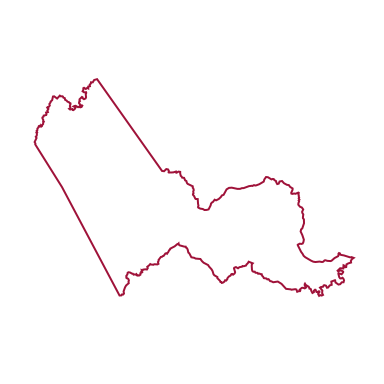 Ricaurte, Nariño, Colombia (Albers equal-area conic projection), rotated 75°
{"feature_id": "7082276B47092068992796", "entity_name": "Ricaurte", "entity_type": "district", "adm_level": 2, "iso_a3": "COL", "parent_name": "Colombia", "parent_adm1": "Nariño", "projection": "albers", "projection_center": [-77.964, 1.247], "detail": "fine", "context": "isolated", "style": "outline", "palette": "rose", "viewbox_px": 384, "rotation_deg": 75, "n_neighbors": 0, "source": "geoboundaries", "source_scale": "gbopen_adm2", "svg_char_len": 5931}
<svg xmlns="http://www.w3.org/2000/svg" viewBox="0 0 384 384"><g transform="rotate(75 192 192)"><path d="M273.2,288.8L273.6,286.9L272.8,286.1L273.2,285.0L272.5,284.0L270.3,283.8L266.8,281.4L265.2,279.8L263.7,276.7L262.3,276.6L261.2,275.9L259.9,275.9L259.1,276.3L258.3,277.5L257.7,277.6L257.2,277.2L256.2,277.3L254.8,275.7L253.3,275.0L253.1,274.0L253.8,272.6L255.4,271.0L255.6,270.3L256.7,269.8L256.8,268.4L257.3,267.7L257.0,267.0L258.1,266.9L258.2,266.0L258.8,265.8L258.7,265.3L259.0,264.7L258.5,263.2L257.1,262.9L256.7,261.1L255.8,261.5L255.5,260.9L254.4,260.8L255.0,260.0L254.3,259.3L254.6,257.1L255.2,255.6L254.0,254.4L252.7,254.6L251.5,251.9L250.8,251.0L251.4,250.4L252.3,248.1L252.0,247.2L253.0,244.1L252.7,243.0L250.8,243.0L249.8,242.0L249.0,241.9L246.7,238.9L246.8,237.7L246.3,236.7L246.4,236.0L244.5,233.6L244.5,232.9L245.1,232.2L244.5,231.9L244.3,230.9L242.3,229.1L241.8,228.0L241.1,227.7L240.0,222.8L238.5,219.6L238.8,219.1L238.3,218.3L239.3,218.4L240.3,217.8L242.8,213.5L243.2,212.2L244.1,212.2L244.8,211.5L246.3,211.1L249.6,211.2L250.5,210.5L254.9,209.5L256.2,206.8L257.2,205.8L258.9,201.2L261.3,200.3L263.3,199.1L266.8,195.3L268.3,194.9L271.8,193.1L273.8,192.6L277.0,192.5L278.2,192.0L280.7,189.5L281.8,189.8L285.1,187.9L286.3,187.8L286.5,187.0L287.5,186.8L287.6,185.8L287.0,184.0L285.8,182.8L286.4,181.9L285.4,180.5L284.7,180.3L284.0,179.5L283.1,178.1L282.8,176.6L281.5,175.1L281.6,174.4L282.1,174.3L282.5,173.7L281.7,171.9L280.6,171.1L276.6,171.2L276.1,170.8L275.9,169.0L277.6,167.3L276.9,165.7L277.1,163.0L276.6,162.4L277.1,161.2L277.0,158.8L276.1,158.1L275.3,156.6L274.0,155.3L276.6,151.8L277.2,152.8L278.7,153.4L282.6,154.2L284.0,154.1L284.9,153.4L285.2,152.0L286.4,151.6L287.1,149.6L288.1,149.3L288.3,147.9L289.3,146.8L289.4,146.0L291.1,145.9L292.3,145.2L293.8,144.9L294.8,142.5L295.9,141.9L296.0,140.6L298.3,139.6L298.8,138.5L300.2,136.9L300.7,132.3L303.9,129.3L309.9,126.2L311.6,121.8L312.1,121.3L312.6,117.4L313.2,116.4L315.6,116.2L315.4,114.7L315.7,113.3L315.2,112.9L314.2,113.2L313.0,110.7L313.3,109.5L314.3,108.0L313.8,106.6L311.6,107.3L310.2,107.0L309.8,106.6L311.2,106.2L313.6,103.9L314.7,103.5L315.7,103.6L316.5,102.4L318.7,102.3L320.7,101.8L320.3,100.2L318.9,99.8L318.2,98.4L318.4,98.0L320.8,97.6L321.1,96.7L320.7,95.2L321.0,94.7L321.6,94.8L323.1,96.6L325.2,96.1L324.8,94.9L325.6,93.5L325.3,92.1L323.4,92.5L320.9,91.6L317.5,93.1L317.2,92.1L317.4,89.9L316.3,89.0L316.3,88.2L317.2,86.8L319.4,86.4L319.5,85.3L317.9,83.2L317.8,81.1L314.6,80.6L314.2,76.9L314.3,76.6L316.5,76.8L319.3,74.5L319.4,72.7L318.0,70.7L318.4,69.0L316.7,68.0L315.0,68.2L313.8,68.8L314.1,70.5L313.7,71.3L312.4,71.8L308.8,71.8L308.5,71.6L308.6,71.1L310.2,68.8L308.7,66.8L308.0,66.6L307.0,67.5L306.1,69.1L306.5,71.3L305.7,71.7L304.0,68.6L305.0,65.7L302.0,64.6L302.5,64.0L304.3,63.6L304.4,62.5L301.9,61.5L301.4,59.5L301.3,56.6L299.7,56.4L298.3,55.0L297.5,52.9L296.2,54.7L296.1,56.1L292.5,61.8L291.5,64.0L291.0,64.8L289.6,65.0L289.0,65.8L289.5,66.5L290.9,66.8L291.8,67.5L292.7,71.4L294.5,75.0L294.6,76.0L293.5,79.2L292.5,80.7L292.4,81.7L293.3,83.2L293.3,84.5L292.2,86.9L291.6,90.9L290.7,92.9L289.2,94.7L284.3,99.5L282.5,100.7L280.3,101.2L278.1,102.1L270.8,103.6L270.3,103.5L269.8,101.3L270.5,99.7L270.4,98.4L269.1,97.3L267.0,96.3L262.1,96.6L258.3,97.3L256.4,96.3L255.7,94.9L251.2,91.9L247.4,91.0L246.0,91.6L245.1,91.4L242.4,90.3L241.0,90.8L239.7,90.8L237.6,89.1L235.4,89.9L234.2,91.5L231.8,92.6L230.3,92.1L228.9,91.0L227.8,91.2L227.2,90.2L225.8,90.6L225.0,89.9L224.3,90.1L222.8,89.7L222.2,89.9L220.4,89.1L220.1,89.4L220.5,92.5L219.9,93.7L219.8,95.5L219.3,96.4L218.5,96.4L215.9,94.3L214.6,93.9L212.5,95.9L210.4,96.7L209.6,98.5L207.3,100.9L204.7,102.2L204.5,104.7L206.4,106.1L206.4,107.6L204.5,108.1L203.2,108.0L201.9,109.3L200.7,109.7L200.3,110.6L200.4,112.0L197.4,114.8L196.7,116.6L198.6,118.9L200.5,120.0L201.9,125.0L202.2,128.2L202.1,129.3L201.4,130.3L201.8,132.0L201.5,132.4L201.1,135.4L201.6,141.1L201.2,142.7L201.4,144.7L200.7,147.4L198.1,152.5L197.6,155.2L198.4,157.9L202.9,162.2L203.1,164.1L204.3,165.4L205.7,168.0L206.3,170.9L205.3,172.1L207.0,174.3L207.3,175.4L208.1,176.6L209.8,177.5L213.1,180.5L213.1,182.6L212.6,184.6L211.2,186.0L210.2,188.3L208.8,189.9L208.1,190.1L206.9,189.3L204.9,189.2L200.3,188.3L199.7,190.2L199.1,190.6L196.5,191.0L194.9,191.8L194.2,191.6L193.7,190.9L191.8,190.7L190.6,189.8L188.9,189.8L188.1,190.2L186.7,189.8L183.0,194.1L181.8,194.6L179.9,194.6L179.0,195.6L176.3,196.0L175.6,197.8L174.5,198.0L173.4,198.7L171.0,198.6L169.5,198.2L168.8,199.8L169.4,201.9L169.3,202.2L168.1,202.2L168.2,205.1L167.2,209.3L167.0,209.5L165.6,208.9L164.0,209.3L163.2,210.9L164.7,213.6L163.9,215.5L58.4,254.5L58.5,257.5L60.4,259.5L59.9,261.2L61.0,261.6L61.9,263.1L63.4,263.2L63.3,264.9L65.1,265.4L64.3,266.2L65.0,267.9L63.4,269.3L63.6,270.1L65.2,270.5L66.4,271.6L67.9,270.3L68.2,268.5L68.9,268.5L70.3,269.4L73.0,269.8L74.1,270.6L74.4,272.3L73.2,273.3L72.2,273.2L71.7,273.7L73.3,276.6L74.3,277.0L75.2,276.7L75.9,277.8L77.1,278.1L78.3,277.5L79.5,277.7L79.7,276.0L80.2,275.6L81.3,276.7L81.3,278.0L80.4,279.3L80.6,280.1L78.6,282.1L78.5,283.3L78.7,284.2L79.7,283.1L80.5,282.8L81.6,283.9L82.2,285.5L82.0,285.9L80.9,286.1L80.8,288.4L79.8,289.1L79.5,288.1L78.9,287.6L77.3,287.7L75.5,286.5L74.8,286.5L74.7,287.1L73.5,287.5L72.5,288.9L71.2,289.5L70.1,290.7L68.4,290.6L67.6,291.8L66.4,292.0L65.9,292.6L65.7,293.9L64.7,294.7L66.8,298.1L63.9,300.4L63.8,301.6L67.1,303.3L68.1,305.2L68.8,305.4L70.1,307.0L71.7,307.0L72.6,308.2L72.6,309.1L73.5,309.1L73.3,309.9L75.0,309.5L76.0,310.7L77.5,310.5L77.5,312.4L79.1,312.4L79.9,312.9L79.8,315.5L80.7,315.9L81.3,317.2L82.1,317.4L84.1,317.0L85.3,317.5L85.8,317.0L86.7,317.9L87.8,318.2L88.5,319.3L89.5,319.9L89.7,320.5L88.6,320.8L89.5,321.5L89.5,321.9L88.6,322.3L88.7,322.9L90.1,323.9L90.7,324.9L92.3,325.4L92.8,326.3L94.2,326.1L94.4,326.9L95.6,326.7L97.4,327.4L98.2,328.6L99.6,328.2L103.0,331.1L104.6,330.7L105.5,331.1L153.6,316.3L273.2,288.8Z" fill="none" stroke="#9f1239" stroke-width="2"/></g></svg>